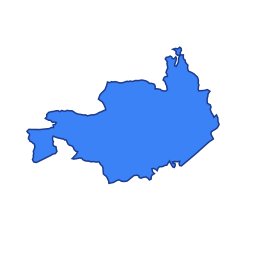 Eugênio de Castro, Rio Grande do Sul, Brazil (Natural Earth projection), rotated 48°
{"feature_id": "56859067B78433093473596", "entity_name": "Eugênio de Castro", "entity_type": "district", "adm_level": 2, "iso_a3": "BRA", "parent_name": "Brazil", "parent_adm1": "Rio Grande do Sul", "projection": "natural_earth1", "projection_center": [-54.267, -28.578], "detail": "fine", "context": "isolated", "style": "filled", "palette": "blue", "viewbox_px": 256, "rotation_deg": 48, "n_neighbors": 0, "source": "geoboundaries", "source_scale": "gbopen_adm2", "svg_char_len": 3764}
<svg xmlns="http://www.w3.org/2000/svg" viewBox="0 0 256 256"><g transform="rotate(48 128 128)"><path d="M193.3,71.9L188.1,70.5L186.6,68.7L186.9,66.0L187.4,63.9L187.6,61.7L187.1,59.9L186.3,57.9L183.5,56.8L180.6,54.5L177.5,53.5L177.5,57.0L175.9,56.4L174.0,56.0L171.9,55.6L169.3,54.5L168.0,52.3L165.9,51.4L162.7,52.5L160.1,50.5L158.8,49.0L157.9,47.6L156.2,45.6L155.5,42.5L152.6,43.3L151.3,45.9L149.8,47.9L148.7,49.3L147.5,50.6L146.0,49.8L144.6,48.2L143.4,46.4L141.8,46.1L140.1,44.1L138.1,42.9L136.1,42.3L134.2,42.6L132.1,42.7L129.9,43.4L128.1,44.1L126.5,45.0L124.7,44.4L122.9,43.3L121.3,41.4L119.5,41.5L117.6,41.3L115.5,40.1L113.9,40.5L112.3,39.5L110.7,37.9L108.8,40.0L109.4,42.8L111.3,45.0L112.8,46.5L113.8,48.8L114.4,51.1L112.8,51.6L111.7,50.2L110.1,47.4L108.7,45.4L107.1,44.9L107.3,47.5L106.0,48.6L104.4,48.0L102.7,48.6L102.4,50.3L101.1,52.3L101.6,54.1L103.2,54.2L105.2,54.5L106.3,56.1L108.8,57.4L110.2,58.6L110.9,60.4L112.3,62.7L114.4,63.1L116.1,64.2L114.7,66.0L114.8,67.9L115.9,69.8L118.0,69.4L120.7,70.5L122.8,71.1L124.1,72.2L125.7,72.8L125.9,75.0L124.3,76.7L122.8,77.8L120.8,78.2L118.5,80.0L117.0,81.7L115.9,80.5L114.6,79.5L112.7,79.3L110.5,80.7L109.1,82.3L107.6,82.3L105.6,82.9L103.8,84.0L102.5,84.9L101.3,86.0L100.2,87.9L98.7,89.7L97.5,90.9L97.0,92.5L95.9,94.1L94.6,94.9L93.8,96.6L92.5,97.6L91.4,100.3L90.2,102.6L88.5,104.3L86.5,105.4L84.7,106.8L83.8,108.4L82.5,109.3L82.2,111.1L80.1,112.5L81.2,114.0L82.2,115.6L83.2,117.6L84.0,119.2L84.2,121.4L84.3,123.6L84.5,126.2L85.6,128.5L86.8,130.7L89.0,130.2L91.4,129.6L94.2,130.1L97.8,131.3L99.6,132.5L98.7,134.7L98.0,137.2L97.1,139.4L96.7,141.9L95.5,144.4L93.7,146.5L92.7,148.3L91.9,150.0L90.1,150.6L88.6,152.3L86.4,154.0L83.9,156.0L81.9,157.0L80.1,157.4L77.7,158.1L76.1,160.0L74.2,161.4L73.5,163.4L72.4,164.5L70.7,165.4L70.1,167.9L68.3,168.4L67.1,169.9L66.2,171.7L64.8,173.7L63.3,176.5L63.6,179.4L65.3,180.9L65.6,183.1L69.2,181.7L70.5,180.4L73.1,180.4L74.5,178.6L75.9,177.7L76.7,179.6L75.5,181.5L77.8,183.0L76.3,184.7L75.9,186.7L70.1,194.6L64.4,200.8L62.7,202.5L62.8,205.3L64.4,205.6L65.8,205.1L67.3,205.7L68.2,207.9L69.4,209.2L70.9,209.2L72.4,209.7L73.8,208.9L75.8,208.8L77.2,208.4L78.7,209.1L80.2,210.4L81.0,211.9L82.0,214.0L83.9,215.2L85.2,217.0L86.5,217.9L87.5,220.1L90.1,220.8L92.2,219.3L92.9,217.4L93.4,215.5L95.9,206.6L96.6,204.1L97.2,201.1L98.4,199.1L97.9,196.5L95.9,195.5L93.8,194.1L91.4,195.3L89.4,194.4L88.3,192.6L86.2,191.9L84.9,190.8L84.0,189.0L86.2,187.9L88.2,186.9L89.9,185.6L91.6,184.6L92.9,183.3L94.5,183.1L95.8,181.9L97.6,182.6L99.7,183.3L101.7,183.0L103.4,181.8L105.3,181.5L108.0,182.4L110.1,182.4L111.8,181.2L113.0,184.2L113.4,190.0L114.8,189.1L115.9,187.4L116.9,185.9L117.9,184.0L119.4,182.7L121.3,182.7L122.7,182.3L124.5,181.2L126.3,179.4L128.5,178.0L130.0,176.0L131.9,174.6L133.8,172.2L136.6,172.8L139.3,172.6L141.0,173.4L142.4,174.5L144.3,176.0L145.7,177.0L147.3,176.9L149.0,176.5L151.2,176.8L154.5,177.9L156.4,179.2L158.8,175.1L159.3,172.2L160.5,169.3L163.3,168.4L165.4,166.4L166.9,163.9L167.0,161.1L167.1,158.5L167.3,155.5L168.9,153.0L170.8,152.1L172.3,152.8L174.0,151.9L175.0,149.3L176.4,147.5L178.8,146.7L180.9,146.9L181.4,144.9L179.7,143.4L179.1,141.6L179.6,138.9L177.3,139.1L175.8,138.4L174.2,137.4L175.3,136.0L177.3,135.1L179.2,134.9L178.0,132.6L177.8,130.5L179.0,129.3L179.9,127.8L180.6,125.4L181.6,124.0L180.9,121.8L180.3,119.2L182.4,119.9L184.8,120.4L186.9,120.8L188.3,120.0L187.6,118.1L185.8,116.8L184.3,118.1L183.0,117.6L184.4,115.4L186.1,113.9L187.4,111.9L188.7,113.9L190.4,114.7L191.9,113.7L192.4,97.7L192.5,93.3L192.5,85.3L192.5,83.2L192.5,80.5L192.6,76.3L193.3,71.9ZM108.8,40.0L106.9,38.7L106.0,36.3L104.3,35.2L102.6,35.5L102.5,38.1L100.6,39.5L99.5,42.0L101.3,41.2L103.4,41.0L104.8,42.6L107.1,42.5L108.8,40.0Z" fill="#3b82f6" stroke="#1e3a8a" stroke-width="1.5"/></g></svg>